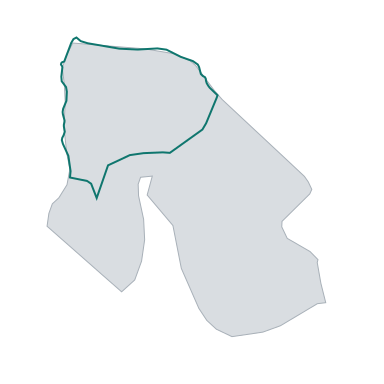 where Dikhil sits in Djibouti, rotated 99°
{"feature_id": "DJI-1569", "entity_name": "Dikhil", "entity_type": "Region", "adm_level": 1, "iso_a3": "DJI", "parent_name": "Djibouti", "parent_adm1": "", "projection": "mercator", "projection_center": [42.104, 11.405], "detail": "fine", "context": "in_parent", "style": "outline", "palette": "teal", "viewbox_px": 384, "rotation_deg": 99, "n_neighbors": 0, "source": "natural_earth", "source_scale": "10m", "svg_char_len": 1621}
<svg xmlns="http://www.w3.org/2000/svg" viewBox="0 0 384 384"><g transform="rotate(99 192 192)"><path d="M301.6,245.9L287.4,268.4L269.2,297.1L248.5,329.8L235.5,330.0L225.5,328.1L218.6,322.6L204.4,316.6L188.4,316.2L173.2,321.8L147.4,328.8L124.0,331.1L105.3,335.0L89.7,339.6L75.7,337.1L63.5,333.0L60.9,298.2L58.0,260.5L58.3,230.9L62.6,214.6L66.4,208.3L88.4,185.7L96.0,176.6L121.2,139.3L142.8,107.3L159.0,83.4L163.9,78.7L170.7,74.1L175.5,75.4L206.9,98.5L212.4,97.9L222.9,90.7L232.4,66.0L239.1,57.0L242.0,57.3L262.1,50.4L280.4,42.6L282.7,50.7L310.3,83.8L319.3,100.1L328.6,129.9L323.7,146.5L316.5,157.3L305.9,167.0L269.1,190.6L228.1,205.6L202.0,235.8L182.5,233.7L185.5,245.1L192.7,246.4L204.1,244.2L226.6,235.5L246.6,231.3L268.2,231.0L287.8,234.8L301.6,245.9Z" fill="#d9dde1" stroke="#a8b0b8" stroke-width="1"/><path d="M86.4,341.4L85.0,341.2L84.0,340.4L83.6,339.4L83.0,338.6L63.6,334.6L59.5,333.0L58.3,331.4L57.5,330.3L60.4,325.5L61.4,318.4L61.8,286.2L59.8,267.9L55.6,248.6L55.4,239.5L60.3,224.2L62.6,211.5L65.2,206.2L67.6,204.5L74.1,201.7L75.7,199.5L76.6,197.1L78.0,196.1L79.9,195.6L82.2,194.5L84.4,192.7L86.2,190.9L92.5,181.9L95.2,182.4L121.9,188.8L128.7,191.5L156.8,220.0L157.4,227.0L161.2,245.9L165.3,259.2L178.8,279.1L212.9,285.2L199.6,292.9L197.5,297.4L196.8,314.3L196.7,314.7L196.7,314.8L190.4,315.2L175.6,319.8L164.7,327.0L161.1,328.7L158.7,328.6L156.1,327.7L152.4,327.1L147.0,328.9L145.6,329.1L142.7,328.9L141.2,329.1L135.4,331.7L133.2,332.3L130.0,332.3L121.6,330.3L112.5,331.3L108.1,332.8L103.0,338.0L98.5,339.1L89.2,339.5L88.0,340.0L87.3,340.8L86.4,341.4Z" fill="none" stroke="#0f766e" stroke-width="2"/></g></svg>